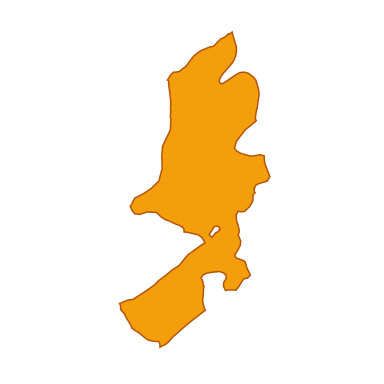 outline of Az Zaydiah, Al Hudaydah, Yemen, rotated 140°
{"feature_id": "15242507B8611350311836", "entity_name": "Az Zaydiah", "entity_type": "district", "adm_level": 2, "iso_a3": "YEM", "parent_name": "Yemen", "parent_adm1": "Al Hudaydah", "projection": "albers", "projection_center": [43.054, 15.3], "detail": "fine", "context": "isolated", "style": "filled", "palette": "amber", "viewbox_px": 384, "rotation_deg": 140, "n_neighbors": 0, "source": "geoboundaries", "source_scale": "gbopen_adm2", "svg_char_len": 4732}
<svg xmlns="http://www.w3.org/2000/svg" viewBox="0 0 384 384"><g transform="rotate(140 192 192)"><path d="M151.4,146.1L151.2,146.2L150.7,146.4L148.5,149.0L147.1,150.5L145.4,150.7L144.9,150.8L144.4,150.9L144.1,150.9L144.1,152.2L141.9,154.8L138.9,156.0L138.1,156.1L136.6,155.8L135.4,155.4L132.4,154.2L127.6,152.0L122.6,153.6L121.9,155.3L121.2,157.4L120.9,158.2L120.5,159.4L120.4,159.7L120.0,160.9L118.4,165.4L118.4,165.5L117.9,167.1L117.2,168.2L117.0,168.5L116.0,169.8L115.1,171.4L113.9,172.7L113.4,173.3L116.1,176.9L122.9,180.9L123.1,181.0L124.6,182.5L128.1,187.7L129.7,190.1L129.9,190.4L130.1,191.0L130.2,191.4L131.1,194.1L131.4,194.9L131.3,198.4L128.0,200.5L124.9,202.4L118.1,203.9L111.4,205.4L104.6,205.3L102.6,205.3L98.0,205.3L96.9,205.3L96.6,206.5L96.1,207.9L96.0,208.0L94.2,209.5L92.5,211.1L90.4,212.9L88.7,214.0L85.3,217.0L82.9,219.1L81.8,220.2L79.3,222.3L77.2,224.5L76.3,226.0L75.2,227.6L74.7,228.7L74.4,229.4L74.4,229.5L74.0,230.2L71.7,235.3L71.1,237.2L71.1,240.8L71.7,243.4L72.6,247.0L74.6,249.8L76.2,251.2L77.6,252.1L79.4,252.9L81.8,253.3L83.9,253.8L85.7,253.8L87.6,254.1L93.4,254.7L98.3,255.2L100.3,256.6L100.3,257.7L100.0,259.3L97.7,261.0L92.3,262.7L87.3,263.5L77.6,265.1L74.3,266.4L71.0,268.2L67.8,270.9L65.8,273.2L64.4,275.2L62.9,279.0L62.3,280.3L61.5,282.0L60.7,284.0L60.1,285.3L59.9,285.9L58.4,288.8L61.5,288.8L62.7,289.9L67.0,289.4L71.3,290.7L71.4,290.8L76.6,290.3L81.6,289.8L83.4,290.5L84.2,291.3L90.5,293.4L94.3,294.6L102.7,295.1L105.8,294.5L115.8,292.2L124.8,292.6L126.0,293.5L127.7,294.4L128.8,295.6L131.2,295.5L133.6,295.4L136.2,294.4L137.7,293.9L138.9,293.5L138.7,293.1L138.5,292.2L140.3,289.9L141.0,288.9L141.4,288.3L142.7,286.4L143.5,285.0L144.5,283.5L145.4,282.1L146.4,280.6L148.1,277.9L149.4,276.0L150.9,274.1L152.3,272.3L153.5,271.2L155.1,269.3L156.1,268.0L156.2,267.8L157.1,266.9L157.3,266.6L158.8,264.9L159.3,264.5L160.0,264.2L161.1,261.7L161.3,261.4L162.5,260.1L168.6,253.6L171.5,252.2L175.2,250.5L176.8,249.8L183.0,247.0L185.1,246.0L187.1,243.9L188.9,242.1L191.0,240.0L192.4,238.5L192.7,238.2L194.2,236.2L196.0,233.9L198.5,230.8L200.0,228.9L200.6,228.4L201.7,227.8L203.3,226.7L205.1,225.5L208.2,223.2L210.2,221.7L221.3,220.9L223.6,221.2L230.1,221.9L232.2,222.4L236.7,223.4L236.9,223.4L238.0,223.7L239.7,224.1L248.6,220.5L248.7,220.4L248.9,219.4L249.0,219.1L249.9,215.8L249.9,215.2L249.9,212.1L249.7,211.9L246.5,208.5L244.4,207.6L239.2,205.5L232.5,199.3L232.3,197.5L232.1,196.4L231.7,192.7L230.5,188.6L229.2,186.2L227.7,183.8L227.7,183.7L225.6,179.0L225.1,177.8L224.9,177.6L224.8,177.3L222.7,173.8L222.1,170.9L221.8,169.2L223.8,166.4L222.8,165.5L221.9,164.7L214.7,155.1L214.6,154.6L213.9,151.5L213.7,150.3L214.1,147.9L214.8,144.7L219.1,145.4L222.6,145.6L235.8,146.5L238.2,146.0L240.2,145.7L245.3,144.7L248.9,144.0L249.9,144.1L251.6,144.3L253.5,144.6L254.2,144.6L256.5,144.9L257.7,145.1L257.8,145.1L264.4,144.9L274.5,145.6L280.2,144.9L280.4,144.9L287.9,145.5L292.5,146.0L299.7,146.9L300.9,147.0L305.9,147.6L310.8,150.5L315.9,152.1L319.1,153.2L319.8,150.9L322.1,147.9L322.3,146.1L322.1,141.8L323.2,138.1L323.3,137.3L324.7,127.8L325.6,127.1L325.3,125.2L325.2,124.5L324.3,121.6L323.3,118.6L323.2,118.2L322.0,111.9L321.8,110.9L321.1,107.6L320.4,106.3L318.9,104.3L317.7,102.8L316.2,101.1L314.4,99.6L313.7,98.9L313.7,98.1L313.7,97.7L314.7,95.8L315.5,94.6L316.3,93.7L314.7,93.4L309.9,92.2L307.5,92.4L307.2,92.1L303.4,92.7L300.7,93.2L287.5,93.6L276.3,93.6L271.5,93.4L265.0,93.1L264.0,93.1L259.1,92.9L257.7,92.8L257.3,95.1L254.7,100.2L254.0,101.6L250.0,105.5L246.6,109.1L244.0,111.7L243.1,112.6L243.1,113.7L243.0,113.8L242.6,114.4L242.4,114.7L242.0,115.2L241.2,116.6L240.6,118.6L240.6,118.9L240.5,119.5L240.4,120.1L239.6,120.7L236.1,121.3L232.7,120.2L228.3,117.7L222.1,113.4L220.1,110.3L219.6,108.0L219.6,106.4L219.8,106.0L221.0,103.9L222.3,103.5L224.3,102.9L225.7,102.4L226.5,101.7L227.9,100.2L228.6,99.4L229.1,96.9L229.5,95.7L229.7,95.0L226.8,93.5L223.0,90.1L222.8,89.9L221.2,88.4L219.8,88.8L217.8,89.3L217.2,89.4L216.8,89.5L216.0,89.8L214.6,90.2L214.3,90.4L213.8,90.5L211.8,91.1L209.6,91.8L209.0,92.0L208.4,92.2L204.7,90.4L203.2,90.5L200.6,90.8L199.7,94.6L198.9,98.1L197.6,101.1L196.1,104.6L196.9,106.7L197.3,107.5L200.0,112.2L200.3,112.8L200.5,114.5L200.2,115.1L199.5,116.3L198.9,116.4L194.8,117.8L194.4,117.9L194.1,118.0L193.3,118.4L189.4,120.1L187.7,121.7L187.1,122.3L186.2,123.1L185.2,126.3L184.2,129.3L181.0,131.5L180.0,133.2L179.3,134.3L176.1,141.7L174.3,144.2L173.4,145.4L173.2,145.8L172.5,146.2L171.9,146.4L169.1,147.7L167.2,145.2L165.5,144.2L164.1,143.4L162.3,143.5L157.5,143.7L157.0,143.8L154.2,144.9L151.4,146.1ZM205.9,144.5L206.1,146.0L206.4,148.2L197.3,151.2L193.9,149.1L194.3,145.5L194.5,145.5L198.2,144.9L199.8,145.5L205.9,144.5Z" fill="#f59e0b" stroke="#b45309" stroke-width="1.5"/></g></svg>